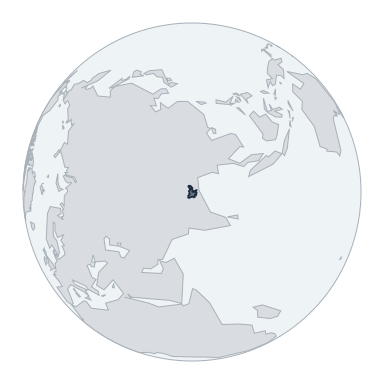 Jharkhand highlighted on a globe, orthographic projection, rotated 283°
{"feature_id": "IND-3256", "entity_name": "Jharkhand", "entity_type": "State", "adm_level": 1, "iso_a3": "IND", "parent_name": "India", "parent_adm1": "", "projection": "orthographic", "projection_center": [85.779, 23.655], "detail": "fine", "context": "on_globe", "style": "filled", "palette": "slate", "viewbox_px": 384, "rotation_deg": 283, "n_neighbors": 0, "source": "natural_earth", "source_scale": "10m", "svg_char_len": 13189}
<svg xmlns="http://www.w3.org/2000/svg" viewBox="0 0 384 384"><g transform="rotate(283 192 192)"><circle cx="192" cy="192" r="169" fill="#eef3f6" stroke="#a8b0b8"/><path d="M251.6,33.9L257.6,36.9L265.1,40.4L259.6,38.2L277.1,47.2L284.7,53.0L273.1,45.2L269.6,43.5L273.3,46.5L270.5,45.4L270.7,46.5L267.0,45.2L260.5,41.3L258.0,40.5L260.8,42.7L258.9,43.2L255.2,40.0L251.4,40.6L239.8,35.3L232.9,29.6L223.5,27.3L208.4,23.9L206.8,23.9L200.1,23.3L195.7,23.2L194.2,23.1L192.0,23.2L194.3,23.4L194.1,23.7L191.7,23.8L189.3,23.4L190.1,23.3L188.2,23.3L188.0,23.2L186.8,23.3L184.2,23.2L183.2,23.6L178.2,23.8L177.4,23.7L182.1,23.3L182.9,23.3L196.9,23.1L210.8,24.1L224.7,26.2L238.3,29.5L251.6,33.9ZM271.1,43.5L268.7,42.0L271.9,43.9L271.1,43.5ZM271.4,46.9L272.9,47.7L272.4,48.0L271.4,46.9ZM266.3,46.3L264.9,46.7L265.2,45.6L266.3,46.3ZM263.3,46.4L260.1,47.8L263.3,49.6L252.5,45.8L258.8,45.6L258.6,43.8L260.8,45.5L263.3,46.4ZM196.0,23.5L193.5,23.2L197.8,23.4L196.0,23.5ZM198.8,23.5L212.2,24.5L214.7,25.2L209.7,24.6L214.7,25.8L209.4,25.6L205.4,24.9L204.8,24.4L203.2,24.8L198.8,23.5ZM247.0,43.6L245.3,43.6L245.9,42.9L247.0,43.6ZM194.3,23.8L196.8,23.8L199.2,24.3L194.6,24.5L195.3,24.2L194.3,23.8ZM218.7,26.3L219.6,27.0L215.5,26.9L215.4,27.2L209.4,25.7L218.7,26.3ZM193.6,24.2L192.2,24.6L189.0,24.5L192.0,23.9L193.6,24.2ZM201.7,24.5L202.6,24.8L200.6,24.6L201.7,24.5ZM176.6,25.1L179.5,24.7L181.0,24.9L176.6,25.1ZM192.0,24.8L193.1,24.8L194.0,25.0L192.5,25.3L192.0,24.8ZM207.0,25.9L205.1,25.8L209.2,26.5L206.3,26.7L202.9,25.7L203.1,26.3L202.2,26.4L200.4,25.5L207.0,25.9ZM193.7,26.1L188.3,25.3L182.6,25.7L181.1,25.5L190.6,24.9L193.7,26.1ZM197.8,25.8L194.9,25.8L194.5,25.3L196.3,25.0L197.8,25.8ZM205.5,27.4L210.9,27.2L211.4,27.5L205.5,27.4ZM192.0,26.2L193.4,26.4L191.7,26.3L192.0,26.2ZM201.5,27.0L203.3,26.9L203.9,27.2L201.5,27.0ZM194.5,27.1L192.8,26.8L193.9,26.5L194.5,27.1ZM197.8,27.1L198.1,27.6L195.4,26.5L198.5,27.0L197.8,27.1ZM201.7,27.3L202.7,27.5L200.9,27.4L201.7,27.3ZM191.2,28.7L187.4,27.5L189.9,26.7L193.3,27.9L191.2,28.7ZM40.7,116.9L55.0,99.9L54.0,104.8L61.5,110.9L61.7,113.4L56.1,120.1L58.0,137.2L64.2,132.8L70.6,144.4L77.8,148.1L88.7,134.9L76.9,128.3L79.5,120.1L92.7,119.2L103.8,125.7L105.2,122.8L102.1,113.3L108.6,109.9L101.5,109.8L101.4,113.5L96.9,113.7L96.7,110.4L99.0,109.2L96.8,106.3L86.4,113.7L85.2,118.2L77.0,115.4L74.2,122.9L70.5,124.7L73.9,112.7L76.6,109.4L79.4,95.3L75.8,98.4L72.9,112.2L72.0,110.2L67.1,115.3L70.2,109.9L74.4,94.8L69.6,92.6L56.6,101.5L55.2,100.0L57.3,94.7L69.0,81.9L70.7,86.9L74.8,83.1L80.5,75.5L80.5,77.9L83.0,75.6L84.2,77.4L91.8,74.6L93.9,76.2L102.5,70.2L104.8,70.4L99.0,73.7L96.2,77.2L102.1,82.1L104.9,81.6L110.1,77.5L111.1,79.7L115.3,75.1L121.5,76.5L117.4,71.3L123.4,67.2L130.2,65.7L131.4,63.6L120.3,66.1L116.5,68.0L114.4,71.1L103.5,76.5L100.2,76.0L108.9,67.4L105.2,66.0L113.6,60.5L138.5,56.0L146.0,57.2L146.4,67.5L141.4,69.3L138.8,66.3L136.0,72.8L138.7,70.4L139.6,72.5L145.4,69.7L146.3,71.0L150.4,66.2L152.2,67.6L149.5,70.6L159.6,68.4L164.7,70.8L166.6,69.7L167.2,67.8L173.3,72.6L174.4,71.6L172.8,69.6L174.0,66.5L178.5,63.0L180.4,64.8L179.0,66.3L179.0,72.5L175.0,76.6L176.2,77.1L180.1,74.0L180.2,66.3L182.4,63.8L183.1,67.1L183.0,65.7L184.7,65.0L188.1,66.2L187.6,62.5L203.5,54.5L211.6,56.5L210.5,60.0L223.5,58.0L231.7,61.5L230.2,59.5L235.5,57.9L233.0,56.7L232.7,55.7L245.0,52.2L249.4,53.2L253.0,50.5L252.3,49.6L249.3,48.6L252.5,45.8L263.3,49.6L264.4,51.4L270.4,53.1L272.2,57.0L276.4,61.4L274.9,65.4L278.4,68.9L280.3,69.2L286.5,74.7L292.5,85.6L279.1,75.2L268.4,60.8L272.0,66.2L268.6,64.7L268.4,66.7L271.1,70.8L273.0,71.5L264.4,78.6L266.0,91.1L272.1,89.7L277.4,93.1L284.5,108.6L278.5,131.9L285.5,138.6L286.8,143.4L282.9,147.0L280.8,140.0L275.5,138.0L274.9,133.8L267.9,137.9L266.8,132.1L261.9,138.6L265.3,143.0L271.9,141.1L268.2,149.9L276.8,157.3L279.3,167.2L270.2,186.1L258.5,192.7L258.1,196.0L252.7,192.8L246.7,199.6L257.7,216.5L257.8,221.6L247.4,232.1L247.0,228.4L232.6,220.0L230.8,232.2L241.7,241.6L245.5,252.8L237.4,249.8L233.5,239.8L228.4,236.6L229.2,226.0L223.9,210.5L215.7,213.7L215.8,207.3L207.3,194.3L195.3,198.4L176.6,214.5L174.9,230.5L168.0,237.0L157.6,213.1L156.2,197.1L150.3,197.9L141.3,183.3L119.7,178.5L118.4,174.0L114.0,175.0L107.9,169.2L106.8,161.9L102.3,161.1L105.7,180.3L110.8,181.4L117.7,176.1L117.5,182.6L123.5,189.6L110.1,201.9L81.0,207.1L81.4,194.7L75.9,156.7L77.8,153.5L77.9,153.0L78.1,152.2L74.3,157.3L74.4,150.1L73.9,175.3L72.5,185.3L80.6,207.6L79.0,209.0L82.6,214.1L98.0,214.3L97.4,218.2L88.2,233.9L69.7,251.1L74.0,267.8L75.8,280.4L68.5,284.5L73.3,294.8L70.1,295.8L72.7,301.0L72.5,304.7L70.6,306.5L62.9,300.4L59.1,295.3L50.1,282.6L36.3,254.2L34.7,244.6L32.6,235.2L27.4,210.3L28.3,200.1L27.8,194.0L26.1,192.4L25.9,185.1L25.3,183.2L23.7,177.0L25.3,164.5L27.8,152.2L31.2,140.1L35.5,128.3L40.7,116.9ZM44.4,112.7L42.8,115.5L44.4,112.7ZM112.2,140.7L121.0,144.3L122.7,133.8L126.2,134.4L125.5,130.8L122.8,133.0L121.9,123.5L127.7,122.2L129.5,118.1L126.6,116.8L116.1,120.8L117.3,134.2L112.9,137.2L112.2,140.7ZM95.6,62.8L94.0,64.9L90.7,66.9L88.1,66.1L92.9,63.2L95.6,62.8ZM92.7,67.7L102.0,60.0L104.1,60.6L101.4,61.5L101.7,62.6L97.5,64.5L90.2,73.0L86.9,75.4L83.8,72.0L86.7,71.6L88.0,69.3L92.7,67.7ZM122.4,43.6L126.5,41.4L125.6,45.3L121.9,46.9L119.0,46.0L121.7,43.5L122.4,43.6ZM170.9,24.5L172.5,24.2L173.2,24.2L172.3,24.4L170.9,24.5ZM169.2,24.6L167.7,24.8L168.0,24.9L169.5,24.8L176.9,24.2L186.5,23.6L188.4,24.0L187.2,24.5L185.1,24.7L184.6,24.2L182.2,24.9L179.9,24.5L177.9,24.9L164.5,25.9L165.7,25.6L156.5,27.2L156.0,27.0L162.0,25.8L154.7,27.2L155.9,26.9L169.2,24.6ZM171.5,36.0L171.7,34.4L166.7,37.6L164.3,36.4L163.8,36.8L160.2,36.7L155.1,37.5L154.7,36.7L152.9,37.4L150.5,37.5L147.9,38.2L146.2,37.3L142.9,38.2L144.0,37.3L138.7,39.2L141.9,37.4L139.1,37.7L137.4,39.3L134.9,34.8L131.4,35.1L126.7,36.5L132.9,33.9L141.2,31.2L149.7,29.3L152.2,29.7L154.5,28.7L156.4,28.7L153.8,29.5L159.0,28.4L159.8,28.7L167.4,28.4L174.3,27.1L177.3,27.2L175.0,27.8L179.5,27.5L177.2,28.9L179.2,29.1L178.9,30.9L173.3,32.5L176.0,32.6L175.9,34.3L171.5,36.0ZM190.9,29.2L184.7,30.9L180.4,31.2L182.7,27.9L181.2,27.6L182.5,26.0L188.7,25.7L187.8,26.1L188.3,26.5L186.1,26.4L188.3,26.8L187.0,27.5L188.4,28.1L186.0,28.4L190.9,29.2ZM64.8,111.9L65.4,113.1L67.1,114.2L64.0,117.7L64.8,111.9ZM67.4,101.5L68.4,101.9L64.9,106.8L64.2,105.8L67.4,101.5ZM71.9,98.1L68.7,101.5L70.0,99.0L71.9,98.1ZM100.3,74.0L101.7,74.3L100.7,75.4L98.5,76.5L100.3,74.0ZM156.1,46.9L156.9,45.5L158.0,45.4L162.6,42.8L164.8,43.8L162.9,45.7L156.1,46.9ZM85.0,136.3L81.2,137.9L80.9,136.0L82.2,135.8L85.0,136.3ZM70.8,127.5L72.6,131.3L69.9,128.4L70.8,127.5ZM159.2,47.6L160.8,46.3L160.9,47.6L159.2,47.6ZM166.6,44.4L167.2,45.7L165.6,43.6L166.6,44.4ZM159.6,351.0L162.8,352.3L160.0,352.0L159.6,351.0ZM97.8,286.0L96.2,305.2L90.0,303.2L86.2,296.4L84.9,284.1L91.2,282.6L93.5,277.5L97.8,286.0ZM283.2,273.6L287.4,273.5L287.2,274.2L283.2,273.6ZM278.8,272.1L283.8,271.4L277.8,273.7L278.8,272.1ZM285.7,271.1L290.8,268.9L293.0,267.3L292.5,268.8L285.7,271.1ZM275.4,272.7L256.1,275.0L248.2,273.9L250.2,271.2L262.9,270.5L275.4,272.7ZM249.6,271.1L237.4,264.8L219.8,243.8L226.1,244.0L244.4,256.2L243.2,258.5L250.6,263.7L249.6,271.1ZM278.4,254.2L277.2,261.2L266.7,262.1L261.8,261.6L258.5,253.2L260.4,248.5L264.4,248.2L279.3,230.8L284.6,233.8L280.2,241.0L284.5,246.3L278.4,254.2ZM175.7,232.1L179.9,241.7L176.1,243.0L175.7,232.1ZM284.7,219.0L279.1,226.7L284.0,216.8L284.7,219.0ZM287.2,209.8L287.9,213.2L285.2,210.3L287.2,209.8ZM258.5,200.8L254.3,202.1L253.9,199.6L259.1,196.6L258.5,200.8ZM281.2,175.6L282.2,183.0L281.8,185.6L279.3,181.5L281.2,175.6ZM179.8,57.1L171.0,59.3L166.1,62.2L165.6,65.6L162.6,62.1L170.2,57.5L179.8,57.1ZM200.3,54.4L200.8,51.9L203.1,52.7L203.3,53.4L200.3,54.4ZM198.8,53.1L194.7,50.8L196.5,49.2L199.5,51.3L198.8,53.1ZM176.6,48.3L173.9,48.8L173.9,47.7L176.6,48.3ZM298.3,323.0L301.8,319.4L305.3,316.9L300.9,321.1L298.3,323.0ZM294.8,313.3L265.8,327.8L260.3,327.9L263.5,324.1L262.2,314.1L264.2,314.0L265.2,306.5L283.4,296.4L297.1,280.5L305.1,279.2L312.4,267.6L320.0,265.8L316.5,274.4L322.9,276.6L330.8,257.2L331.2,273.7L333.5,277.5L330.0,287.5L312.8,309.5L306.3,315.4L306.6,314.4L303.4,317.1L300.8,318.1L302.5,313.5L299.3,316.1L303.8,311.1L298.5,316.1L298.6,313.3L294.8,313.3ZM346.5,260.4L347.3,258.2L347.5,258.0L347.2,258.8L346.5,260.4ZM352.7,244.1L352.5,244.8L352.2,245.5L352.7,244.1ZM352.7,244.0L353.4,241.8L352.8,243.6L352.7,244.0ZM353.0,237.3L353.4,235.9L353.4,236.5L353.0,237.3ZM293.6,272.3L299.8,265.9L302.9,264.8L293.6,272.3ZM352.8,235.7L352.0,236.5L352.2,235.4L352.8,235.7ZM353.2,233.3L353.3,232.0L353.4,234.7L353.2,233.3ZM351.9,231.8L352.7,233.3L351.7,232.3L351.9,231.8ZM351.2,232.8L350.4,232.5L350.5,232.0L351.2,232.8ZM339.0,242.6L342.4,248.7L339.0,250.4L335.5,247.2L331.6,253.7L323.4,256.1L325.6,252.3L324.8,248.0L315.7,249.0L313.8,246.5L317.3,243.4L310.9,242.7L318.0,239.3L320.6,244.9L324.5,238.6L330.6,237.7L336.2,237.5L340.2,240.2L339.0,242.6ZM317.5,253.4L318.7,253.0L317.5,255.2L317.5,253.4ZM348.8,230.4L350.0,232.4L349.7,233.3L349.1,233.3L348.8,230.4ZM341.2,238.6L345.7,231.0L346.6,230.5L343.5,238.1L341.2,238.6ZM344.8,228.1L346.7,227.8L347.5,230.2L347.0,231.2L344.8,228.1ZM303.2,251.4L302.8,253.2L300.9,252.3L303.2,251.4ZM305.7,249.7L311.3,250.2L305.1,251.4L305.7,249.7ZM287.5,247.3L289.3,251.2L295.0,247.4L290.6,252.1L294.3,258.3L292.8,261.2L289.3,254.4L287.6,262.4L285.1,262.7L283.9,256.4L286.6,247.8L289.1,243.9L299.4,240.5L287.5,247.3ZM305.7,244.5L304.2,239.9L305.3,236.3L307.0,238.6L305.7,244.5ZM299.2,228.9L294.7,224.0L290.9,226.9L298.2,217.2L301.4,223.6L299.2,228.9ZM294.8,216.8L291.3,219.5L294.7,214.0L294.8,216.8ZM290.2,217.7L289.4,213.7L292.4,213.7L290.2,217.7ZM296.7,216.6L296.8,209.5L298.6,213.3L296.7,216.6ZM287.2,204.7L294.2,210.3L285.7,208.9L283.8,195.6L287.2,194.7L287.2,204.7ZM296.4,147.1L294.6,143.5L297.3,142.0L297.8,144.9L296.4,147.1ZM304.4,135.1L297.4,140.5L291.5,145.4L294.1,146.6L294.2,153.4L289.4,148.1L292.4,140.1L297.2,137.6L296.4,132.2L298.9,127.8L296.0,121.6L296.6,118.4L300.7,123.5L304.4,135.1ZM294.5,119.0L290.3,107.9L296.1,108.3L298.3,110.8L297.8,115.6L294.8,115.1L294.5,119.0ZM291.0,105.5L288.0,105.0L275.6,90.6L274.4,87.8L286.9,98.2L284.8,98.5L286.8,102.2L291.0,105.5ZM246.7,44.5L245.4,43.6L247.3,44.2L246.7,44.5ZM231.2,55.1L231.1,53.8L233.3,54.3L231.2,55.1ZM232.0,50.6L229.6,51.0L231.4,49.8L232.0,50.6ZM224.2,52.1L228.2,50.8L225.5,53.1L224.2,52.1Z" fill="#d9dde1" stroke="#a8b0b8" stroke-width="1"/><path d="M185.4,190.5L185.5,190.3L185.6,190.1L185.8,189.9L185.7,189.8L185.6,189.7L185.7,189.4L186.0,189.4L186.4,189.4L186.6,189.4L186.8,189.4L187.1,189.3L187.2,189.2L187.3,189.1L187.4,189.3L187.5,189.5L187.8,189.5L187.8,189.4L188.0,189.4L188.1,189.5L188.2,189.8L188.4,189.9L188.4,190.0L188.5,190.1L188.7,189.9L188.8,189.9L189.0,189.9L189.1,189.7L189.4,189.5L189.5,189.7L189.6,189.9L189.8,189.9L190.1,189.8L190.1,190.0L190.3,189.8L190.3,189.7L190.6,189.6L190.9,189.5L191.0,189.5L191.3,189.5L191.4,189.4L191.5,189.3L191.7,189.2L191.8,189.0L191.8,188.9L191.9,188.7L192.1,188.7L192.4,188.9L192.5,188.9L192.8,188.9L192.9,189.0L193.0,189.3L193.3,189.3L193.4,189.5L193.5,189.8L193.8,190.0L193.8,189.9L193.9,189.7L194.2,189.3L194.3,189.4L194.5,189.4L194.6,189.2L194.7,189.3L194.8,189.3L195.0,189.4L195.0,189.2L195.3,189.2L195.5,189.0L195.4,188.9L195.5,188.8L195.5,188.7L195.6,188.1L195.7,187.9L195.8,187.8L196.0,187.8L196.0,187.6L196.2,187.4L196.3,187.5L196.4,187.3L196.5,187.3L196.5,187.2L196.8,187.1L197.0,187.2L197.1,187.3L197.3,187.3L197.3,187.5L197.5,187.9L197.6,188.0L197.6,188.3L197.6,188.6L197.4,188.6L197.5,188.7L197.6,188.8L197.7,189.0L197.4,189.2L197.4,189.3L197.4,189.5L197.3,190.0L197.2,190.0L197.0,190.3L196.9,190.4L196.8,190.5L196.7,190.5L196.6,190.8L196.4,190.9L196.2,191.0L196.2,190.9L195.9,190.8L196.0,191.0L195.9,191.4L195.7,191.3L195.8,191.5L195.7,191.5L195.4,191.4L195.2,191.4L195.0,191.2L194.9,191.3L194.8,191.5L194.8,191.8L194.7,191.8L194.3,191.9L194.1,192.0L193.8,192.0L193.7,192.1L193.5,192.3L193.3,192.6L193.2,192.6L192.9,192.5L193.0,192.3L192.9,192.2L192.7,192.1L192.6,192.4L192.2,192.5L192.3,192.7L192.3,192.8L192.2,193.0L192.2,193.3L192.3,193.5L192.4,193.4L192.6,193.4L192.7,193.5L193.0,193.8L193.3,193.9L193.5,193.9L193.8,193.9L194.0,194.0L193.9,194.0L193.7,194.1L193.7,194.3L193.7,194.5L193.8,194.7L194.0,194.7L194.2,194.9L194.2,195.0L194.3,195.1L194.5,195.1L194.7,195.3L194.6,195.5L194.8,195.6L194.8,195.8L194.9,196.0L194.7,196.0L194.4,196.2L194.2,196.1L194.0,195.9L193.9,195.9L193.7,195.9L193.4,195.7L192.9,195.4L192.7,195.2L192.7,195.3L192.4,195.4L192.4,195.5L192.6,195.7L192.6,195.9L192.6,196.0L192.6,196.3L192.5,196.5L192.4,196.8L192.2,196.9L192.0,196.7L191.9,196.6L191.7,196.7L191.4,196.6L191.1,196.4L190.8,196.5L190.5,196.8L190.4,196.7L190.1,196.5L189.9,196.6L190.0,196.2L190.2,195.9L190.1,195.7L190.1,195.4L189.8,195.5L189.7,195.6L189.3,195.5L189.2,195.6L188.6,195.6L188.5,195.8L188.3,195.9L188.0,195.9L187.8,195.8L187.6,195.8L187.6,195.7L187.3,195.4L187.2,195.3L187.1,195.1L187.3,195.0L187.5,195.0L187.7,194.8L187.7,194.7L187.8,194.5L188.1,194.3L188.1,194.2L187.9,193.9L187.6,193.8L187.4,193.7L187.2,193.4L187.3,193.2L187.3,192.8L187.2,192.8L187.1,192.5L187.2,192.3L187.2,192.2L186.8,192.2L186.6,192.2L186.4,191.9L186.5,191.7L186.4,191.5L186.0,191.1L185.9,190.9L185.9,190.7L185.7,190.6L185.4,190.5Z" fill="#64748b" stroke="#1e293b" stroke-width="1.5"/></g></svg>